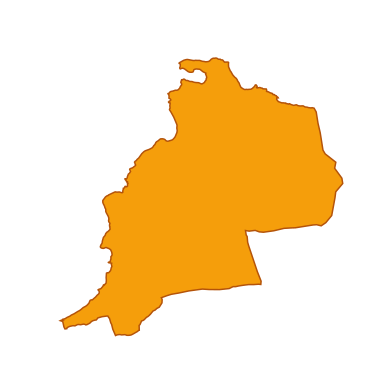 the district of Whitesands, Tafea, Vanuatu, rotated 261°
{"feature_id": "77236927B67758893467366", "entity_name": "Whitesands", "entity_type": "district", "adm_level": 2, "iso_a3": "VUT", "parent_name": "Vanuatu", "parent_adm1": "Tafea", "projection": "equal_earth", "projection_center": [169.437, -19.517], "detail": "fine", "context": "isolated", "style": "filled", "palette": "amber", "viewbox_px": 384, "rotation_deg": 261, "n_neighbors": 0, "source": "geoboundaries", "source_scale": "gbopen_adm2", "svg_char_len": 5957}
<svg xmlns="http://www.w3.org/2000/svg" viewBox="0 0 384 384"><g transform="rotate(261 192 192)"><path d="M87.2,145.0L90.4,145.7L92.4,145.2L93.5,150.9L94.2,155.7L94.3,163.4L94.8,173.4L94.5,187.0L93.0,193.7L91.3,203.9L90.8,213.6L92.1,217.7L91.7,220.4L91.9,223.5L91.9,227.4L91.7,233.6L90.9,238.6L90.5,243.4L89.9,245.5L93.1,246.3L103.0,244.1L129.7,239.6L133.6,239.1L139.4,239.5L141.0,238.8L145.6,238.8L144.4,242.3L144.2,248.4L142.1,252.2L141.1,256.3L140.9,266.7L141.7,277.2L141.0,284.5L140.5,288.5L140.5,306.4L140.2,310.0L138.4,314.3L140.8,319.4L146.9,326.3L163.9,332.3L169.7,334.0L176.8,342.2L182.2,342.2L193.1,336.6L198.9,338.7L208.8,329.5L212.9,327.9L230.4,327.9L240.2,327.2L251.6,327.2L255.7,325.7L256.5,323.8L256.4,322.8L257.1,320.3L257.8,318.9L258.3,317.0L259.7,315.2L260.1,312.0L260.9,309.8L261.7,309.1L261.8,308.1L261.7,306.6L261.7,305.8L263.2,303.0L263.9,302.3L263.9,301.5L263.7,301.4L263.7,301.0L264.2,300.1L264.7,298.6L265.1,298.6L265.3,298.2L265.4,297.3L265.9,295.7L265.9,294.8L267.8,291.4L270.1,290.1L271.7,290.5L271.5,291.9L271.9,291.8L273.2,290.6L273.9,290.3L274.3,289.3L275.3,288.6L275.5,287.3L276.7,286.9L276.9,286.2L277.4,285.6L277.6,284.9L279.0,283.1L279.5,281.7L279.9,281.4L280.1,281.6L280.9,281.7L282.1,281.5L282.8,278.3L283.1,277.9L283.5,277.7L284.0,276.4L284.6,275.4L284.6,272.5L285.1,272.1L285.8,272.8L286.4,272.8L287.8,272.0L287.8,271.5L287.6,271.0L287.1,270.8L286.2,269.8L284.9,267.8L284.3,266.4L284.6,262.6L284.9,261.8L284.9,260.3L285.5,259.1L287.7,256.7L290.4,255.9L292.2,255.6L294.4,254.5L296.0,254.1L297.4,253.4L298.8,252.1L301.4,250.5L304.7,249.3L305.8,248.7L309.9,247.7L312.7,248.0L314.0,248.4L314.4,248.2L314.7,247.9L314.8,247.3L315.2,244.4L317.6,242.9L317.8,242.3L318.0,241.3L318.7,240.7L319.0,238.9L320.3,237.4L320.6,236.5L320.6,235.1L320.8,234.1L320.7,233.2L320.0,231.5L319.4,230.9L318.7,229.8L318.3,228.6L318.4,226.0L319.0,224.4L319.5,222.6L320.8,220.1L321.3,217.0L321.5,216.3L321.5,214.8L321.7,213.7L323.6,208.3L323.7,207.0L323.4,204.5L321.6,199.6L321.0,199.4L320.4,200.3L320.0,200.4L318.1,200.1L316.5,199.3L315.7,199.4L315.4,199.7L315.8,201.6L315.6,202.4L314.9,203.7L311.5,207.0L310.9,208.0L310.6,208.7L310.3,210.4L310.4,211.7L311.1,212.3L312.3,212.8L312.7,213.5L312.9,215.3L312.0,218.9L311.3,219.6L309.1,221.6L307.2,224.3L306.3,223.9L304.3,224.4L302.5,224.4L301.8,223.8L300.5,223.5L299.1,222.0L298.3,221.5L297.9,220.7L297.3,219.1L297.3,218.3L297.8,217.3L298.5,216.4L299.0,215.4L299.5,213.0L300.1,211.1L301.1,209.3L301.5,207.2L302.8,205.1L303.1,203.6L303.7,202.9L304.3,202.5L304.8,201.7L304.7,201.1L304.2,200.1L304.5,199.8L304.5,199.3L302.3,198.2L301.7,198.1L301.4,198.4L300.5,198.7L299.4,198.5L298.1,197.1L296.5,196.1L295.2,194.4L294.9,193.5L294.9,192.6L295.1,191.8L295.1,191.1L294.7,189.1L294.6,186.8L294.2,185.8L293.1,184.7L293.0,183.7L292.9,183.6L292.7,183.6L292.0,184.3L289.9,184.3L288.3,183.9L287.4,185.0L286.8,185.4L286.1,185.4L285.6,184.9L285.1,183.5L284.7,183.3L284.5,182.9L283.9,183.1L283.6,183.5L283.5,184.2L282.9,184.3L280.7,183.6L278.3,183.5L277.2,182.7L276.6,182.7L274.3,183.7L268.8,185.7L261.0,187.6L259.9,187.6L257.5,187.0L255.0,187.0L253.1,186.4L249.2,184.0L248.2,183.0L246.8,181.2L246.4,179.9L245.9,176.2L246.3,175.0L246.8,174.3L248.1,173.4L248.7,172.5L249.2,171.1L249.3,170.1L249.4,169.5L249.2,168.7L247.8,166.4L247.2,164.9L246.6,164.1L244.7,162.8L243.7,161.4L242.9,160.8L242.3,160.1L241.8,159.4L240.8,156.4L240.0,152.2L239.3,150.7L237.7,148.4L233.9,144.7L232.8,142.9L231.8,141.9L231.2,140.6L230.5,139.9L230.1,140.1L228.4,140.2L227.8,140.5L227.3,140.5L226.8,140.0L225.2,137.1L224.7,134.5L224.2,134.0L223.9,134.0L221.8,134.5L220.2,133.0L219.7,132.0L217.3,130.6L216.3,130.3L215.1,129.3L215.1,128.8L215.5,128.5L215.5,127.9L214.8,127.9L213.6,128.7L212.5,129.0L212.2,129.9L211.8,129.9L211.4,129.4L211.1,129.4L210.5,130.1L209.3,129.4L208.0,129.3L207.5,128.7L207.4,128.1L207.9,127.6L208.0,126.8L207.9,126.6L207.3,126.5L206.7,125.9L206.4,124.7L205.5,124.7L204.7,124.1L202.4,123.5L202.3,123.3L202.3,122.5L203.4,120.2L203.6,117.8L204.1,116.3L204.0,115.5L202.1,109.0L201.7,108.7L201.5,107.4L200.7,105.8L197.6,102.6L196.0,102.3L194.4,102.5L192.0,103.3L189.9,103.6L188.6,104.1L186.2,103.8L184.9,104.1L181.2,105.4L179.7,105.7L178.0,105.6L177.2,105.2L175.9,105.1L174.8,105.5L174.3,105.9L173.7,106.0L173.1,105.6L171.3,105.2L170.6,105.5L169.9,105.3L168.4,105.3L168.0,105.2L167.0,104.1L166.0,102.6L165.6,101.6L164.3,100.2L162.7,99.4L161.0,97.4L157.6,95.8L155.8,95.3L155.0,94.8L154.3,94.0L153.6,93.7L152.7,93.0L151.5,93.0L150.7,94.0L150.2,95.4L150.2,96.2L150.6,97.7L150.6,98.5L149.0,101.3L147.7,102.6L145.0,103.3L142.7,103.3L141.7,102.8L140.8,101.8L138.3,101.4L137.3,100.7L136.4,100.6L135.9,100.2L135.9,99.7L135.7,98.6L135.6,98.4L135.2,98.6L134.2,101.5L133.1,101.0L132.1,101.2L130.9,101.2L129.8,100.4L127.7,99.6L126.6,98.7L125.5,97.3L125.3,96.6L125.5,95.6L125.2,94.8L120.8,93.8L118.3,93.6L115.5,92.9L113.9,90.9L114.2,90.8L114.1,90.2L113.9,89.9L112.8,89.3L111.1,87.3L110.7,86.5L110.5,84.8L110.1,84.4L110.1,84.0L109.7,84.0L108.7,84.7L107.8,84.8L106.5,84.4L105.6,83.4L105.0,82.3L103.3,80.3L101.8,77.8L101.1,76.9L101.2,75.5L100.9,74.5L100.3,74.0L98.3,72.8L96.5,70.5L95.7,68.9L94.9,66.5L93.2,63.8L92.5,62.4L91.8,60.3L90.2,56.6L89.3,53.5L88.5,52.0L87.7,49.1L86.8,47.0L86.6,46.1L86.5,44.3L86.3,44.0L85.9,44.1L85.6,44.4L85.7,42.4L85.5,41.8L84.7,43.4L84.0,44.1L78.8,44.4L76.6,45.1L76.6,47.0L77.4,47.3L78.1,48.9L78.4,50.4L78.6,53.5L78.1,55.5L78.9,58.0L78.9,59.2L78.3,61.3L78.5,64.0L78.1,65.4L77.4,66.2L77.4,67.4L78.4,70.5L79.5,72.0L80.3,73.6L80.6,75.7L80.6,77.5L82.4,79.4L82.9,83.7L82.8,88.4L82.6,89.5L80.9,90.1L80.3,90.7L75.5,91.3L73.8,91.9L68.9,92.3L62.2,94.0L62.6,95.6L62.6,97.3L62.5,98.5L61.9,100.0L61.6,103.5L60.6,105.3L60.3,107.4L60.3,109.4L60.8,111.1L62.9,116.6L63.6,117.5L63.7,118.3L68.5,118.9L69.2,119.9L72.5,122.0L72.8,123.6L73.4,124.9L75.4,127.5L75.8,128.8L76.9,130.6L77.5,131.2L77.5,131.5L80.5,134.8L80.9,136.0L81.1,137.0L82.5,139.1L83.4,141.7L87.2,145.0Z" fill="#f59e0b" stroke="#b45309" stroke-width="1.5"/></g></svg>